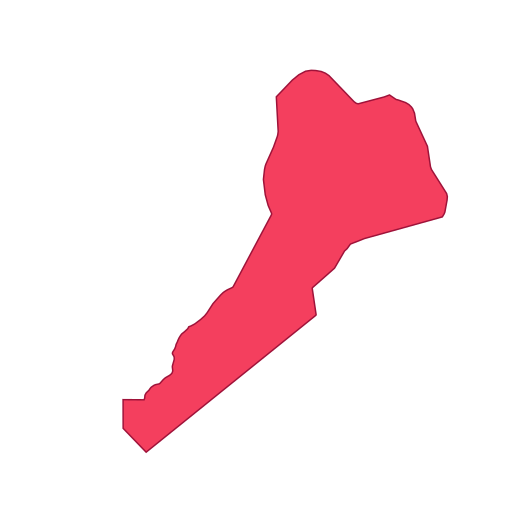 SVG path tracing the border of River Nile, rotated 226°
{"feature_id": "SDN-877", "entity_name": "River Nile", "entity_type": "State", "adm_level": 1, "iso_a3": "SDN", "parent_name": "Sudan", "parent_adm1": "", "projection": "equal_earth", "projection_center": [33.548, 18.954], "detail": "fine", "context": "isolated", "style": "filled", "palette": "rose", "viewbox_px": 512, "rotation_deg": 226, "n_neighbors": 0, "source": "natural_earth", "source_scale": "10m", "svg_char_len": 1927}
<svg xmlns="http://www.w3.org/2000/svg" viewBox="0 0 512 512"><g transform="rotate(226 256 256)"><path d="M191.2,40.7L192.3,40.7L197.6,40.7L203.0,40.7L208.3,40.7L213.7,40.7L219.0,40.7L224.3,40.7L245.0,60.6L230.3,75.6L231.0,77.0L231.9,78.2L232.6,78.9L232.9,79.4L233.1,79.7L233.2,80.0L233.6,81.3L233.8,82.1L233.8,85.3L233.8,85.7L234.1,87.1L234.3,88.3L234.4,89.2L234.3,90.1L233.9,92.6L233.7,93.2L233.4,94.0L233.1,94.6L231.4,97.3L231.2,97.9L231.1,98.4L231.5,103.4L231.4,105.8L231.1,107.3L230.2,110.8L230.1,111.7L230.0,113.1L230.1,113.6L230.1,114.1L230.2,114.4L230.9,115.9L231.1,116.1L231.5,116.6L234.4,118.8L235.0,119.5L238.2,125.0L238.6,125.5L239.5,126.4L239.9,126.7L240.5,127.1L241.1,127.3L243.5,127.9L243.7,128.0L244.0,128.2L244.2,128.4L244.5,128.9L244.7,129.2L245.7,133.1L246.8,135.5L247.0,135.8L247.3,136.2L247.7,136.8L248.0,137.4L248.9,139.9L249.5,141.1L250.5,143.7L251.1,146.0L251.4,147.5L251.5,148.2L251.5,148.8L251.2,151.8L251.1,156.0L251.2,156.7L251.3,157.1L251.7,158.1L251.8,158.4L251.7,158.7L250.9,160.5L249.7,164.6L248.8,171.9L248.6,177.4L249.1,181.3L251.6,192.0L252.5,203.5L252.5,206.8L252.3,208.5L251.6,211.8L249.9,216.7L249.8,217.1L249.7,217.8L249.9,218.7L274.8,295.4L275.3,296.4L276.0,296.9L283.8,299.8L293.6,305.2L305.9,314.5L312.3,322.2L314.2,325.0L315.2,326.9L322.1,344.1L327.3,354.6L328.2,356.0L330.2,358.5L356.4,381.2L357.3,404.4L356.6,412.8L354.5,420.0L351.2,424.7L347.9,427.8L343.4,431.1L339.3,432.9L335.1,433.8L298.9,433.7L296.1,434.2L294.5,435.2L281.3,458.8L279.1,463.9L271.3,465.5L269.4,466.7L262.4,470.2L258.7,471.2L255.2,471.3L253.1,471.0L248.6,469.2L242.0,464.6L215.8,455.5L199.0,443.5L196.4,442.3L168.5,436.5L165.8,434.9L163.5,432.3L156.4,422.4L155.6,420.6L154.7,417.2L193.2,346.2L199.0,332.2L198.0,326.6L198.1,323.2L192.8,304.4L192.7,304.0L194.0,274.7L193.9,274.3L193.7,274.0L172.2,258.6L171.9,258.3L171.8,257.9L171.8,257.5L191.2,40.7Z" fill="#f43f5e" stroke="#9f1239" stroke-width="1.5"/></g></svg>